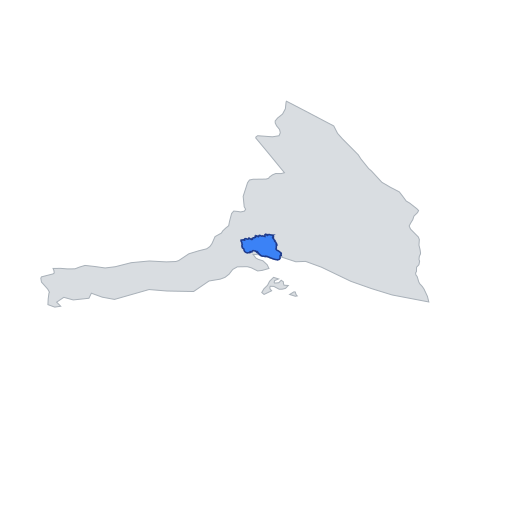 Foro, Semenawi Keyih Bahri, Eritrea shown in context, rotated 122°
{"feature_id": "51966322B48521373855800", "entity_name": "Foro", "entity_type": "district", "adm_level": 2, "iso_a3": "ERI", "parent_name": "Eritrea", "parent_adm1": "Semenawi Keyih Bahri", "projection": "equal_earth", "projection_center": [39.538, 15.185], "detail": "fine", "context": "in_parent", "style": "filled", "palette": "blue", "viewbox_px": 512, "rotation_deg": 122, "n_neighbors": 0, "source": "geoboundaries", "source_scale": "gbopen_adm2", "svg_char_len": 7131}
<svg xmlns="http://www.w3.org/2000/svg" viewBox="0 0 512 512"><g transform="rotate(122 256 256)"><path d="M108.6,312.2L107.2,294.7L106.3,283.0L105.4,270.6L104.5,259.0L108.8,251.8L110.8,245.0L116.0,222.9L118.1,218.5L122.2,206.7L122.7,203.2L126.8,188.3L126.5,178.4L125.7,168.4L127.9,162.5L129.8,157.8L129.7,153.8L130.7,144.5L131.3,142.2L133.6,142.0L138.5,143.2L142.1,142.3L146.2,142.3L149.4,142.0L151.3,139.2L153.9,128.3L155.6,126.1L156.8,125.5L160.5,123.5L163.6,120.3L166.2,118.1L167.1,117.6L169.8,117.3L172.5,116.0L173.7,114.5L177.1,113.2L180.4,113.9L182.6,112.6L184.1,111.7L185.8,111.7L187.3,110.4L188.0,108.5L189.0,107.3L191.6,104.4L192.8,102.4L193.3,100.4L193.8,98.7L195.0,96.0L199.5,89.1L203.4,85.1L216.9,119.9L222.4,140.6L227.2,162.1L230.8,194.5L234.3,211.1L239.8,219.2L243.6,234.7L246.9,235.3L249.2,239.5L253.3,254.0L256.2,259.4L257.8,254.8L257.6,252.1L256.4,247.6L257.5,241.9L259.7,238.4L264.9,243.1L267.8,246.7L268.5,253.8L269.7,257.8L275.1,266.1L279.7,268.6L285.7,269.2L290.6,271.0L294.6,274.1L302.1,282.6L319.2,290.1L332.9,313.0L341.1,328.9L367.8,353.0L372.4,364.6L374.8,375.9L380.4,375.3L390.1,387.7L392.9,397.1L400.8,400.6L402.1,395.0L406.0,399.6L407.5,406.7L402.5,409.5L397.0,412.0L396.2,411.9L394.4,415.2L391.8,424.1L388.9,426.7L387.4,426.9L378.7,418.6L377.3,418.1L375.4,419.7L374.1,421.5L370.0,415.1L367.1,409.5L362.9,402.8L358.9,399.8L354.6,396.0L350.4,387.3L346.1,377.6L339.7,369.7L327.8,358.3L316.8,343.9L308.5,328.9L303.1,321.0L300.8,319.1L289.7,314.1L281.9,307.3L276.0,301.6L272.3,300.1L268.8,299.9L261.2,301.0L254.9,297.5L252.3,297.5L248.1,296.4L244.8,295.2L240.9,296.7L232.9,299.2L229.7,298.7L227.9,295.1L226.8,292.4L224.1,289.6L221.8,289.6L220.5,292.1L212.2,298.5L198.3,302.0L195.0,301.8L192.5,299.2L185.5,288.3L183.5,286.5L181.9,286.4L178.6,285.1L175.6,283.0L172.9,278.5L170.3,276.0L167.4,284.7L162.2,300.0L159.5,308.2L156.0,318.8L154.9,319.1L153.1,318.3L146.2,305.2L141.8,300.2L138.6,300.7L136.2,303.1L134.7,307.5L133.0,310.2L131.3,311.3L127.5,310.8L121.6,308.7L115.6,309.1L109.4,312.1L108.6,312.2ZM272.3,224.7L274.1,227.9L275.4,227.6L276.5,226.6L277.2,224.3L284.3,228.8L283.9,231.8L279.6,231.9L274.7,230.7L270.2,231.1L264.8,229.8L263.5,224.7L267.0,227.2L268.8,226.6L269.1,225.9L266.6,222.5L263.2,221.8L263.4,219.1L265.0,218.0L265.9,216.7L263.9,213.0L267.8,213.8L270.2,216.1L271.9,218.7L272.3,224.7ZM269.3,201.3L270.8,207.1L266.4,204.9L265.7,203.7L267.6,201.4L268.0,199.9L269.3,201.3Z" fill="#d9dde1" stroke="#a8b0b8" stroke-width="1"/><path d="M244.4,271.5L244.8,271.6L245.1,271.5L245.3,271.4L245.7,271.5L246.0,271.8L246.1,272.1L246.3,272.2L246.4,272.4L246.5,273.3L246.6,273.7L247.1,274.5L247.6,274.6L247.8,274.7L248.0,274.7L248.3,274.6L248.6,274.1L248.9,274.4L248.9,274.6L248.6,274.8L249.4,275.9L249.8,276.1L249.9,276.4L250.2,276.8L250.3,277.1L250.6,277.1L251.1,276.7L251.4,276.5L251.7,275.9L252.0,275.2L252.6,274.8L252.9,274.5L253.3,274.2L253.4,273.8L253.5,273.8L253.8,273.8L254.1,273.6L254.3,273.6L254.6,273.4L254.8,273.4L255.1,272.9L255.3,272.9L255.3,272.7L255.7,272.3L255.6,272.2L255.8,272.3L256.0,272.3L256.2,272.1L256.2,271.8L256.3,271.7L256.4,271.4L256.3,271.1L256.4,270.8L256.4,270.3L256.6,270.0L257.0,269.5L257.3,269.4L257.6,269.0L257.8,268.7L258.1,268.2L258.3,267.4L258.3,267.0L258.3,266.3L258.2,265.7L258.0,265.1L257.9,264.8L257.6,264.7L256.9,263.8L256.5,263.0L256.3,263.0L256.3,262.9L256.1,262.8L256.1,263.2L255.9,263.3L255.7,263.4L255.4,263.3L255.3,263.2L255.2,263.0L255.2,262.7L255.0,262.1L254.9,262.0L254.8,261.8L254.7,261.8L254.6,261.7L254.5,261.8L254.4,261.7L254.3,261.8L254.0,261.8L253.8,261.8L253.7,261.8L253.5,261.7L253.2,261.6L252.9,261.3L252.8,260.9L252.7,260.5L252.6,260.2L252.4,259.9L252.2,259.6L252.0,259.2L252.2,258.8L252.2,258.7L252.2,257.9L252.3,257.6L252.2,257.5L252.3,257.5L252.2,257.5L252.3,257.4L252.3,257.2L252.2,257.0L252.3,256.9L252.3,257.0L252.3,256.9L252.3,256.7L252.2,256.7L252.3,256.7L252.2,256.5L252.3,256.5L252.4,256.4L252.2,256.1L252.3,256.0L252.3,255.9L252.3,255.7L252.5,255.7L252.6,255.3L252.6,255.2L252.6,254.8L252.7,254.5L252.6,254.4L252.8,254.1L252.7,254.0L252.8,253.8L252.8,253.6L252.7,253.3L252.8,253.2L252.9,252.9L252.9,253.0L253.0,253.0L253.0,252.9L253.0,252.5L253.1,252.3L253.0,252.2L253.1,251.9L253.1,252.0L253.1,251.9L252.9,251.6L253.0,251.3L253.0,251.0L252.7,250.6L252.6,250.1L252.4,249.9L252.2,249.6L252.1,249.4L252.0,249.2L251.9,248.9L251.8,248.6L251.8,248.2L251.5,248.0L251.0,247.6L250.9,247.7L251.0,247.5L250.9,247.5L250.9,247.4L250.9,247.1L250.6,246.7L250.5,246.4L250.4,246.2L250.4,245.9L250.3,245.5L250.3,245.3L250.2,244.7L250.1,244.1L250.0,243.7L250.1,243.3L250.0,243.1L249.9,242.9L249.9,242.5L249.6,241.5L249.6,241.1L249.5,240.6L249.5,240.4L249.5,240.6L249.5,240.2L249.3,239.8L249.3,239.5L248.9,238.4L248.8,237.9L248.5,237.3L248.5,237.0L248.1,236.3L247.9,236.2L247.8,235.8L247.9,235.6L247.5,235.3L247.4,235.2L247.0,234.9L246.6,234.5L246.3,234.4L245.0,234.4L244.7,234.7L244.5,234.9L243.7,235.3L243.4,235.6L243.0,235.7L242.8,235.7L242.6,235.7L242.4,235.6L242.2,235.3L241.9,235.3L241.9,235.2L241.8,235.3L241.8,235.2L241.6,235.4L241.0,235.8L240.7,235.7L240.3,236.0L240.1,236.4L240.1,237.3L239.8,238.5L239.9,239.2L239.8,240.2L240.0,240.9L240.0,241.2L239.8,242.1L239.6,242.6L239.3,242.7L239.2,242.9L238.8,242.9L238.5,242.9L238.3,243.1L238.1,243.2L237.7,243.6L237.0,243.8L236.8,244.0L236.3,244.2L236.0,244.5L235.7,244.5L235.3,245.1L235.0,245.2L235.0,244.8L235.0,244.7L234.5,245.3L234.3,245.9L233.9,246.4L233.7,247.0L233.7,247.5L233.7,247.8L233.5,248.1L233.1,248.2L232.8,248.2L232.8,248.5L232.8,248.9L232.5,249.5L232.4,249.9L232.3,250.1L232.1,250.5L231.9,250.5L231.9,250.9L231.8,251.0L231.6,251.2L231.6,251.3L231.8,251.3L231.7,251.6L231.4,251.5L231.4,251.3L231.4,251.2L231.0,251.2L231.1,251.4L230.9,251.4L231.0,251.6L230.9,251.8L230.5,251.7L230.3,251.9L230.1,251.9L229.8,252.1L229.8,252.5L229.6,252.7L229.4,252.6L229.2,252.5L229.6,253.2L229.9,253.7L230.0,253.9L230.1,254.5L230.3,254.7L230.5,255.0L230.7,256.1L230.8,256.4L230.9,256.5L231.3,256.5L231.7,256.9L231.8,257.1L232.1,257.3L232.1,257.6L231.9,257.6L231.9,258.0L232.1,258.1L232.2,257.9L232.3,258.0L232.4,257.9L232.4,258.0L232.5,258.1L232.3,258.5L232.2,258.6L232.3,259.0L232.5,259.4L232.5,259.5L232.8,259.6L233.0,259.5L233.3,259.7L233.8,259.3L234.0,259.3L234.1,259.2L234.4,259.2L234.7,259.1L234.8,258.9L234.9,259.1L235.1,259.9L235.3,260.9L235.5,261.2L235.7,261.3L235.8,261.3L236.0,261.4L236.1,261.5L236.2,262.1L236.2,262.3L236.4,263.1L236.4,263.4L236.5,263.4L236.6,263.9L236.7,264.0L236.8,263.9L237.0,263.9L237.2,264.0L237.3,264.1L237.5,264.3L237.6,264.2L237.8,264.3L238.1,264.1L238.3,264.2L238.4,264.5L238.5,264.5L238.4,265.4L238.4,265.5L238.5,265.6L238.6,265.8L238.6,266.1L238.7,266.5L238.8,266.9L239.0,266.8L239.0,266.6L239.3,266.6L239.4,266.4L239.6,266.5L239.8,266.9L239.9,266.7L240.0,266.4L240.4,266.3L240.6,266.5L240.8,266.8L241.0,266.8L241.3,266.9L241.9,267.9L242.3,268.1L242.6,268.1L242.9,268.5L243.3,268.6L243.5,268.5L243.4,268.1L243.5,267.9L244.0,268.0L244.5,268.7L244.5,268.8L244.3,269.1L244.5,269.4L244.5,269.6L244.4,269.6L244.5,269.9L244.6,270.0L244.5,270.4L244.6,270.6L244.6,270.8L244.6,271.1L244.4,271.4L244.4,271.5Z" fill="#3b82f6" stroke="#1e3a8a" stroke-width="1.5"/></g></svg>